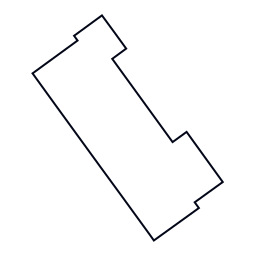 outline of Bottineau, North Dakota, United States of America, rotated 234°
{"feature_id": "52423323B86057678992941", "entity_name": "Bottineau", "entity_type": "district", "adm_level": 2, "iso_a3": "USA", "parent_name": "United States of America", "parent_adm1": "North Dakota", "projection": "robinson", "projection_center": [-100.84, 48.772], "detail": "fine", "context": "isolated", "style": "outline", "palette": "ink", "viewbox_px": 256, "rotation_deg": 234, "n_neighbors": 0, "source": "geoboundaries", "source_scale": "gbopen_adm2", "svg_char_len": 409}
<svg xmlns="http://www.w3.org/2000/svg" viewBox="0 0 256 256"><g transform="rotate(234 128 128)"><path d="M90.4,173.1L90.4,155.8L193.2,155.9L193.3,173.2L213.8,173.2L234.4,173.1L234.3,138.6L228.4,138.6L228.3,82.9L189.2,82.8L188.8,82.8L128.1,82.8L112.6,82.8L80.0,82.9L67.4,82.9L60.3,82.9L27.9,82.9L21.8,82.8L21.6,138.3L28.7,138.3L28.6,172.9L90.4,173.1Z" fill="none" stroke="#020617" stroke-width="2"/></g></svg>